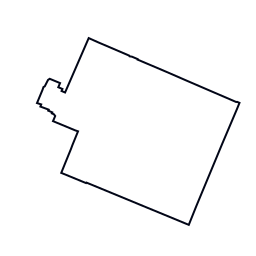 Converse, Wyoming, United States of America, rotated 113°
{"feature_id": "52423323B34059726756827", "entity_name": "Converse", "entity_type": "district", "adm_level": 2, "iso_a3": "USA", "parent_name": "United States of America", "parent_adm1": "Wyoming", "projection": "orthographic", "projection_center": [-105.578, 42.894], "detail": "fine", "context": "isolated", "style": "outline", "palette": "ink", "viewbox_px": 256, "rotation_deg": 113, "n_neighbors": 0, "source": "geoboundaries", "source_scale": "gbopen_adm2", "svg_char_len": 706}
<svg xmlns="http://www.w3.org/2000/svg" viewBox="0 0 256 256"><g transform="rotate(113 128 128)"><path d="M60.6,199.3L60.9,199.3L119.9,199.8L119.9,203.6L117.7,203.6L117.7,208.1L113.2,208.1L113.3,219.3L115.0,220.4L122.2,220.9L123.3,221.8L126.3,221.6L140.6,221.5L140.2,217.1L142.5,217.0L142.1,208.2L143.2,208.2L143.2,203.8L144.3,203.8L144.3,201.6L145.4,199.7L151.0,199.7L150.8,175.8L150.6,172.7L165.4,172.5L169.7,172.3L184.4,172.1L195.4,171.9L195.1,145.1L194.5,144.9L193.4,34.2L173.3,34.6L105.4,35.1L68.1,35.1L61.3,35.2L61.3,37.8L61.8,38.6L61.5,92.1L61.3,114.8L61.3,136.4L61.3,145.9L60.8,146.0L60.8,152.2L61.4,154.6L60.9,155.2L60.8,188.5L60.6,199.3Z" fill="none" stroke="#020617" stroke-width="2"/></g></svg>